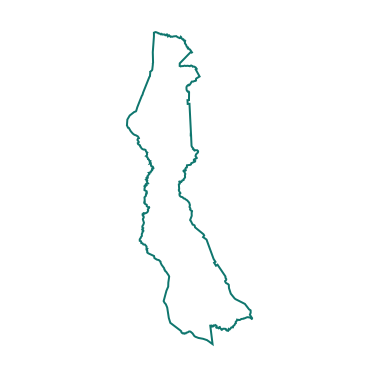 the district of Kajiado East, Rift Valley, Kenya, rotated 34°
{"feature_id": "3690345B56316730609732", "entity_name": "Kajiado East", "entity_type": "district", "adm_level": 2, "iso_a3": "KEN", "parent_name": "Kenya", "parent_adm1": "Rift Valley", "projection": "albers", "projection_center": [37.165, -1.892], "detail": "fine", "context": "isolated", "style": "outline", "palette": "teal", "viewbox_px": 384, "rotation_deg": 34, "n_neighbors": 0, "source": "geoboundaries", "source_scale": "gbopen_adm2", "svg_char_len": 6024}
<svg xmlns="http://www.w3.org/2000/svg" viewBox="0 0 384 384"><g transform="rotate(34 192 192)"><path d="M182.4,261.9L184.8,262.6L186.0,264.5L186.6,264.2L186.7,265.3L187.5,265.4L187.8,266.1L188.7,266.7L188.8,267.2L190.0,267.3L196.3,266.3L197.8,267.8L200.7,267.7L202.5,267.0L204.8,267.3L205.3,268.0L207.4,269.3L211.6,270.8L212.5,271.8L213.3,271.9L214.2,272.6L215.0,272.5L219.3,274.2L220.4,274.9L223.0,280.3L225.2,283.8L226.0,288.1L229.5,298.3L231.2,299.2L233.1,299.7L236.1,301.7L243.2,309.4L247.2,312.6L259.6,313.3L261.0,313.5L261.6,314.2L262.2,314.4L263.4,314.4L264.0,314.1L264.2,313.6L265.0,313.6L265.2,313.1L265.9,312.7L266.0,311.7L266.8,311.0L267.6,309.2L268.8,308.6L271.5,308.9L274.5,310.1L275.8,310.1L278.9,309.4L283.3,307.5L287.3,306.4L294.1,306.6L281.9,292.6L282.5,292.1L282.8,292.5L283.2,292.1L283.6,292.6L283.8,292.5L284.7,291.5L284.4,290.8L284.5,290.5L285.3,290.3L285.7,289.8L285.7,289.3L287.1,289.2L287.7,290.0L287.9,290.8L288.2,290.8L288.6,290.7L289.1,290.1L290.3,290.1L290.5,289.3L290.3,288.6L290.5,288.4L291.6,289.2L293.1,289.2L293.3,289.6L293.8,289.6L294.3,287.9L296.1,286.8L296.8,286.7L297.2,287.2L298.2,287.4L299.6,286.9L299.6,286.3L299.1,286.0L299.0,285.2L299.4,285.3L300.1,284.9L300.4,282.1L301.6,281.3L301.1,280.3L301.6,278.7L301.4,276.9L301.7,276.2L300.9,275.3L301.1,273.6L300.8,272.6L301.8,272.4L302.0,272.0L302.9,271.6L303.4,271.0L303.9,269.7L305.6,268.2L305.7,267.7L306.2,267.4L307.5,265.3L308.2,264.6L310.5,263.6L312.5,263.8L312.6,263.6L312.4,263.0L308.6,261.4L308.2,259.4L307.0,257.6L306.6,257.3L305.0,257.4L298.4,255.2L288.0,256.5L286.8,256.4L281.0,254.6L276.4,251.0L274.4,248.4L273.6,248.2L271.0,248.4L269.5,247.7L269.2,247.1L269.5,246.0L269.4,245.5L268.9,244.9L267.8,244.5L266.9,243.3L253.8,238.0L253.1,239.7L249.9,238.3L250.5,236.8L247.3,235.4L230.6,223.3L226.4,223.2L226.4,221.2L225.1,220.6L214.3,219.6L212.9,218.3L211.6,218.3L210.8,218.7L207.3,216.7L206.4,216.5L206.1,216.2L205.1,211.9L203.3,209.4L202.8,207.9L202.5,207.7L201.2,208.0L200.3,207.5L200.4,207.3L199.8,206.5L198.3,205.8L197.6,204.0L195.6,202.4L192.6,201.6L190.5,201.7L189.7,201.5L188.6,202.0L187.1,201.6L185.2,202.2L183.8,201.9L182.7,200.7L183.0,199.9L183.0,199.4L181.2,198.7L179.9,197.7L179.7,196.7L176.8,193.0L177.2,191.9L175.7,190.5L176.1,190.0L177.0,190.3L177.5,189.7L177.5,187.7L178.3,186.9L177.9,186.0L178.1,185.3L178.0,183.6L176.7,182.0L176.4,180.8L176.1,180.5L174.9,180.0L174.3,179.4L173.4,179.5L173.1,179.2L173.2,178.6L173.7,178.1L174.6,177.9L174.7,177.4L173.5,176.5L173.4,175.3L174.0,174.5L172.9,172.7L175.6,170.2L175.7,169.5L175.3,168.6L177.5,165.0L177.3,164.4L176.7,164.3L175.8,164.6L175.5,164.2L175.6,163.7L177.0,161.3L176.7,160.9L175.1,160.5L174.7,160.0L174.3,158.5L174.8,156.0L174.5,155.1L173.9,154.6L172.9,154.5L171.5,155.5L171.0,155.6L170.8,156.2L168.8,155.8L168.8,155.2L166.9,154.7L165.8,154.0L159.6,145.6L159.3,145.8L158.4,144.4L158.6,144.3L140.6,120.3L139.2,121.4L136.9,118.4L138.1,117.5L133.7,110.8L133.1,110.6L132.8,111.2L131.0,110.8L130.0,109.9L128.8,108.2L128.6,107.3L128.8,105.9L129.2,105.1L129.8,105.3L130.2,104.2L130.1,100.6L131.4,99.6L132.0,98.5L132.9,97.8L132.9,97.1L132.1,96.1L132.1,95.4L133.7,92.0L126.5,88.3L127.0,87.3L125.3,86.7L123.9,86.8L123.1,87.1L122.5,87.7L121.6,87.4L120.6,87.6L120.1,88.2L119.9,88.9L117.9,89.7L116.3,91.0L115.2,91.4L114.4,92.4L112.6,93.8L112.4,94.2L111.3,94.4L109.9,92.2L112.7,76.6L113.7,76.7L113.9,76.3L110.7,75.0L110.0,75.2L109.1,75.0L108.3,75.4L107.9,75.0L107.8,74.4L106.4,74.5L104.8,73.3L103.0,72.7L102.4,71.7L101.8,71.5L101.8,70.5L101.5,70.4L100.6,70.7L99.9,70.4L99.9,70.8L98.0,70.6L97.2,70.2L96.6,70.1L96.4,69.7L95.9,69.6L96.1,71.0L95.8,71.3L93.4,71.7L91.8,71.6L89.6,73.4L88.7,74.5L87.6,74.8L87.4,75.3L85.8,75.0L85.9,75.4L85.1,75.7L85.0,76.3L84.6,76.0L84.6,75.5L84.0,75.5L83.3,75.9L83.0,75.5L82.8,75.7L82.9,76.6L82.1,77.0L81.1,76.8L79.4,78.0L78.6,77.9L78.6,78.3L77.9,78.8L76.7,78.7L75.4,79.3L75.0,79.1L72.5,79.7L71.9,80.3L71.8,81.0L71.4,81.3L73.5,84.4L81.3,98.0L87.5,106.7L87.6,107.3L88.3,108.3L90.7,112.9L90.7,113.8L90.1,115.8L90.6,116.3L92.4,119.6L92.3,120.4L95.9,137.0L96.6,139.1L96.6,140.2L97.8,145.8L99.3,152.5L100.4,156.0L100.4,156.5L99.3,158.1L97.6,163.4L97.9,168.1L100.9,173.3L101.7,173.6L102.9,174.5L103.8,174.2L107.3,175.9L110.3,176.7L112.2,176.8L114.1,176.3L116.0,176.2L117.3,176.7L117.9,177.1L117.4,178.0L117.5,179.0L117.9,179.5L119.8,180.2L120.1,180.7L119.7,181.8L120.7,182.5L122.9,182.4L123.6,183.3L124.3,183.3L125.9,184.1L127.7,184.0L128.3,183.8L128.7,183.4L129.9,183.1L131.4,184.2L132.9,184.3L132.9,185.1L133.8,186.0L134.1,187.0L133.9,187.7L134.3,187.6L134.7,188.1L135.8,188.2L137.1,189.3L137.5,189.1L138.3,189.3L139.1,190.0L140.0,189.7L140.0,190.1L140.7,190.4L140.5,190.8L140.6,191.2L141.3,191.3L141.3,191.7L141.7,191.2L141.9,191.3L143.1,192.9L143.8,193.3L144.1,193.0L145.2,193.5L145.7,193.5L145.8,193.2L146.2,193.4L146.8,194.0L146.5,194.9L146.1,195.2L146.7,196.1L146.4,196.3L146.7,197.7L146.6,198.3L146.4,198.4L146.6,199.0L145.8,199.9L146.1,199.9L146.1,200.4L146.4,200.4L146.6,200.8L146.3,202.1L146.5,202.9L146.4,203.5L146.6,203.9L146.4,204.1L147.4,204.9L147.2,205.3L146.6,205.4L146.4,205.9L147.4,206.5L147.0,207.5L148.6,207.7L148.8,208.8L150.7,209.5L149.3,211.3L149.4,211.7L150.3,211.6L150.6,211.8L150.4,212.5L149.4,213.1L149.3,213.8L150.3,214.3L150.5,215.3L151.5,217.0L154.1,216.8L154.5,217.3L154.6,218.2L155.2,218.2L155.4,219.0L155.1,219.7L155.9,220.9L155.6,223.0L157.5,225.4L157.7,226.2L158.5,226.6L158.6,226.9L158.2,227.2L158.4,227.7L159.6,228.1L161.6,227.9L162.5,229.1L163.5,229.0L164.4,229.2L164.9,228.6L165.2,228.8L165.3,229.6L165.1,231.1L166.1,232.0L166.3,233.8L165.4,235.6L163.8,236.5L164.2,237.1L163.5,237.7L163.4,238.0L163.9,238.6L164.5,238.3L164.6,239.1L165.9,239.6L166.3,240.3L166.3,241.5L166.5,242.1L169.4,244.4L169.9,246.2L170.0,248.2L170.7,249.1L171.7,249.2L171.6,250.7L172.8,250.9L173.2,251.2L172.8,251.6L172.8,252.0L173.4,252.2L173.9,255.0L175.0,256.4L174.9,258.2L175.2,259.1L175.1,260.3L175.3,260.8L176.0,261.7L177.4,261.4L178.6,262.7L179.6,262.2L181.0,262.7L182.4,261.9Z" fill="none" stroke="#0f766e" stroke-width="2"/></g></svg>